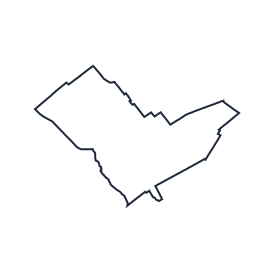 Smeeni, Buzau, Romania (Natural Earth projection), rotated 208°
{"feature_id": "2599482B10599735426508", "entity_name": "Smeeni", "entity_type": "district", "adm_level": 2, "iso_a3": "ROU", "parent_name": "Romania", "parent_adm1": "Buzau", "projection": "natural_earth1", "projection_center": [26.881, 44.971], "detail": "fine", "context": "isolated", "style": "outline", "palette": "slate", "viewbox_px": 256, "rotation_deg": 208, "n_neighbors": 0, "source": "geoboundaries", "source_scale": "gbopen_adm2", "svg_char_len": 4556}
<svg xmlns="http://www.w3.org/2000/svg" viewBox="0 0 256 256"><g transform="rotate(208 128 128)"><path d="M63.0,189.7L64.3,188.3L64.5,188.2L65.6,186.9L67.6,184.6L68.7,183.4L69.8,182.2L77.7,173.3L77.8,173.1L79.7,170.9L81.0,169.4L81.4,168.9L81.7,168.6L82.2,167.9L82.6,167.5L82.7,167.3L82.9,167.1L83.0,166.9L83.2,166.5L83.5,166.0L84.3,164.5L85.0,163.2L85.4,162.5L85.7,161.9L87.0,159.6L88.6,157.1L92.2,150.8L99.7,154.2L100.0,154.3L103.0,155.6L106.5,157.2L109.1,152.2L109.6,151.2L109.7,150.9L109.9,150.6L112.2,151.5L114.9,152.6L118.8,145.4L124.1,147.8L127.5,149.3L128.9,150.0L130.9,150.8L133.9,152.2L134.9,150.6L137.0,151.4L137.8,151.8L139.2,152.4L138.3,153.5L139.4,154.2L141.0,155.2L142.1,155.8L143.5,156.5L145.6,157.4L146.2,157.7L146.7,156.6L147.0,155.9L147.3,156.1L151.7,158.0L154.1,159.1L155.9,159.9L159.6,161.4L160.5,161.7L161.6,162.2L161.6,162.3L161.8,162.3L162.5,161.5L163.2,161.0L164.7,159.8L164.9,159.8L165.4,159.7L166.0,159.6L166.7,159.7L169.4,159.8L171.1,160.0L171.5,160.0L171.8,160.0L172.0,160.0L172.3,160.1L172.7,160.3L173.2,160.4L174.9,161.2L176.1,161.7L176.0,161.8L178.7,162.9L184.0,164.9L186.1,165.8L187.9,166.4L188.7,165.0L190.4,161.3L193.1,155.4L194.8,151.5L195.0,151.2L194.8,151.1L195.9,149.0L197.1,146.5L198.2,144.3L198.8,142.9L200.7,138.8L200.8,138.6L202.5,138.9L203.8,139.1L204.0,138.5L204.5,137.3L205.6,134.7L206.6,132.4L207.8,129.6L208.3,128.3L208.6,127.6L208.9,127.0L209.2,126.1L209.2,125.8L209.9,124.1L210.6,122.4L210.8,121.7L211.1,120.7L211.7,119.3L212.0,118.4L214.0,113.6L214.9,111.4L215.6,109.4L216.3,107.8L216.7,106.7L217.0,106.0L217.2,105.3L217.8,104.1L217.9,103.7L218.4,102.3L219.0,101.0L216.7,100.3L216.0,100.1L215.1,99.8L213.4,99.3L212.3,99.0L210.9,98.8L208.7,98.5L208.5,98.4L203.5,98.3L198.4,98.3L198.2,98.3L197.2,98.0L189.0,95.3L185.9,94.3L182.6,93.3L180.4,92.5L177.2,91.5L174.9,90.8L173.7,90.4L172.9,90.2L172.3,89.9L171.5,89.7L170.8,89.5L169.9,89.2L169.2,88.9L168.1,88.6L167.2,88.2L166.5,88.0L166.1,87.9L165.7,87.7L165.4,87.6L165.0,87.5L164.6,87.4L164.4,87.3L164.2,87.2L163.9,87.1L162.3,87.1L161.2,87.1L159.9,87.1L158.1,87.9L156.5,88.8L154.6,89.8L152.5,90.9L150.9,91.8L149.2,92.8L148.3,91.9L147.8,91.5L147.3,91.3L145.7,90.7L145.3,90.4L145.1,89.9L144.9,89.5L144.5,89.1L144.3,88.8L144.0,88.1L143.8,87.8L143.3,87.0L143.2,86.8L143.1,86.4L142.9,86.1L142.8,85.9L142.6,85.7L142.2,85.4L142.0,85.2L141.7,84.8L141.6,84.6L141.4,84.2L141.2,84.1L140.9,84.1L140.0,84.3L139.5,84.3L139.0,84.2L138.4,83.9L137.8,83.7L137.3,83.5L136.8,83.0L136.4,82.5L135.5,81.3L135.1,81.1L134.8,81.0L134.5,80.9L134.1,81.0L133.7,81.0L133.4,81.0L133.3,80.9L133.1,80.6L133.0,80.2L132.9,80.0L132.9,79.6L132.5,79.3L132.0,79.1L131.9,79.0L131.8,78.9L131.8,78.7L131.9,78.4L132.2,78.0L132.3,77.9L132.3,77.6L132.0,77.0L131.8,76.8L131.6,76.7L130.6,76.6L129.7,76.0L129.4,75.9L129.0,75.3L128.8,75.2L127.7,75.3L127.5,75.2L127.4,75.2L126.8,74.8L126.4,74.7L124.9,74.1L124.3,74.0L123.7,73.7L122.8,73.8L122.6,73.8L122.3,73.7L121.8,73.4L121.6,73.3L120.6,73.0L120.3,72.9L120.2,72.8L119.4,71.8L119.0,71.6L117.8,71.0L116.9,70.1L116.4,69.8L116.0,69.7L115.8,69.6L115.5,69.6L114.6,69.4L114.3,69.3L112.8,69.0L111.2,68.6L110.8,68.6L108.8,68.1L108.5,68.1L107.9,68.1L106.1,68.1L105.4,68.0L105.2,68.0L104.6,67.8L103.5,67.4L103.3,67.3L102.9,67.0L102.7,66.9L101.1,66.6L100.4,66.5L99.5,66.3L99.4,66.3L99.1,66.3L98.7,65.8L97.4,64.9L96.2,64.0L95.7,63.6L94.8,63.0L93.5,62.0L93.4,62.0L93.1,61.7L92.4,60.3L92.3,60.2L92.1,59.1L91.6,60.2L90.5,62.8L89.7,64.6L88.6,67.1L88.0,68.4L86.8,71.2L86.4,72.1L86.1,72.6L85.5,73.8L84.9,75.4L84.3,76.7L83.6,78.2L82.9,79.7L81.4,79.4L80.3,81.5L79.7,82.6L78.2,81.6L76.3,80.4L75.1,79.7L73.6,78.7L73.4,78.9L73.2,78.9L72.9,78.8L72.6,78.8L72.0,79.0L71.6,78.9L70.8,78.5L70.4,78.3L70.1,78.1L69.8,78.0L69.3,77.9L69.0,78.0L68.7,78.1L68.4,78.1L67.6,78.0L67.4,78.1L67.1,78.1L66.9,78.1L66.7,78.1L66.3,78.1L66.1,78.4L65.9,78.7L65.1,80.2L64.9,80.5L64.5,81.2L68.0,83.7L71.6,86.1L73.7,87.6L74.4,88.1L75.5,88.9L76.6,89.6L74.1,93.5L72.3,96.2L70.4,99.1L58.1,117.7L57.7,118.2L57.4,118.7L56.7,119.8L56.4,120.2L56.3,120.5L54.8,122.8L54.2,123.6L52.0,127.0L51.6,127.6L51.4,127.8L51.3,128.0L50.5,129.3L50.4,129.4L50.0,130.1L49.6,130.8L49.3,131.2L49.2,131.3L48.2,132.8L48.0,133.2L47.1,134.6L46.0,136.3L45.9,136.5L44.7,136.3L44.4,141.3L44.1,145.2L43.5,153.5L43.1,160.9L42.9,165.0L45.9,165.0L45.7,169.0L47.0,169.1L45.9,172.0L44.1,176.2L43.8,176.8L41.4,182.6L37.0,193.4L38.7,193.6L43.3,194.1L48.6,194.9L52.7,195.4L54.4,195.7L55.6,195.9L55.9,196.0L56.0,196.1L56.5,196.9L57.6,195.9L58.4,195.0L59.3,193.9L60.8,192.3L61.9,191.1L63.0,189.7Z" fill="none" stroke="#1e293b" stroke-width="2"/></g></svg>